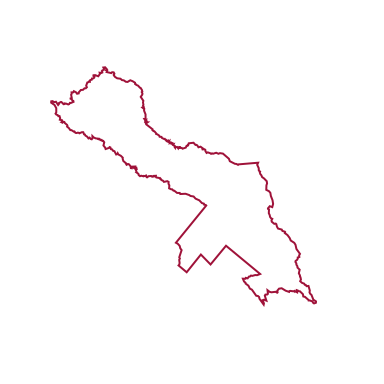 outline of Vilhena, Rondônia, Brazil, rotated 310°
{"feature_id": "56859067B73787435299073", "entity_name": "Vilhena", "entity_type": "district", "adm_level": 2, "iso_a3": "BRA", "parent_name": "Brazil", "parent_adm1": "Rondônia", "projection": "natural_earth1", "projection_center": [-60.258, -12.124], "detail": "fine", "context": "isolated", "style": "outline", "palette": "rose", "viewbox_px": 384, "rotation_deg": 310, "n_neighbors": 0, "source": "geoboundaries", "source_scale": "gbopen_adm2", "svg_char_len": 6005}
<svg xmlns="http://www.w3.org/2000/svg" viewBox="0 0 384 384"><g transform="rotate(310 192 192)"><path d="M186.8,358.1L187.9,357.3L187.5,354.2L190.0,349.6L190.0,348.1L190.6,346.6L192.3,345.5L194.9,341.6L193.5,340.3L193.9,338.9L193.4,338.0L193.9,336.9L193.1,334.6L193.2,332.2L195.0,331.7L196.5,329.8L196.5,329.2L197.5,328.3L198.4,326.1L201.7,324.4L201.9,321.4L202.9,320.4L203.4,318.7L204.4,317.8L204.9,316.2L205.7,315.7L207.7,316.1L209.0,315.8L209.8,315.1L211.2,316.0L212.3,314.8L214.0,314.5L215.5,308.6L218.1,305.2L218.8,303.0L218.3,298.8L219.5,296.5L220.4,292.8L220.2,289.5L221.2,289.1L221.3,288.7L220.3,286.3L220.9,284.9L219.3,281.4L220.1,279.3L221.6,277.2L221.6,276.4L220.5,275.5L220.5,272.2L221.4,271.1L223.0,270.8L222.7,269.4L223.1,267.8L224.3,266.3L225.1,264.5L228.1,262.2L227.9,261.2L228.3,260.7L231.1,260.7L232.0,263.2L235.0,261.8L237.5,258.9L239.7,254.9L241.7,252.6L242.1,250.5L241.4,247.5L245.0,244.7L246.8,244.0L248.3,242.3L248.7,238.4L248.5,236.1L249.4,234.4L249.7,232.7L250.8,231.1L251.4,231.0L251.4,229.4L253.2,227.7L254.7,224.5L256.9,223.8L243.0,209.8L242.4,209.8L242.0,207.9L241.2,206.8L239.9,201.2L241.2,198.9L241.3,191.0L239.7,188.4L238.3,187.7L237.6,185.3L234.8,183.5L234.5,182.5L233.5,182.1L233.5,181.3L232.5,178.6L231.3,178.1L231.9,176.1L232.9,175.0L232.7,174.0L231.4,172.7L231.8,172.1L232.4,172.3L232.2,169.4L230.4,168.2L231.1,166.1L230.9,165.0L230.3,164.4L230.7,161.5L227.2,158.2L225.6,158.9L225.3,158.5L224.5,158.9L223.8,158.2L222.0,158.7L219.1,156.9L219.2,155.8L218.0,154.5L218.7,153.8L218.3,153.3L217.6,153.7L217.2,152.9L216.6,153.2L216.9,151.7L216.4,151.4L216.0,149.7L215.1,150.4L215.2,149.9L216.2,149.0L215.8,147.3L216.7,147.1L216.1,146.7L216.3,145.4L215.7,145.1L216.1,144.3L216.6,144.6L216.4,143.8L215.2,143.4L215.8,143.0L215.5,142.0L216.0,141.8L215.1,141.6L215.0,141.0L215.8,140.5L215.3,140.2L215.3,139.1L214.8,139.2L215.2,137.1L214.8,137.0L214.1,134.3L214.6,133.2L213.5,131.7L214.1,130.7L213.9,128.4L213.4,127.3L213.9,126.9L214.3,124.5L214.2,123.5L213.9,123.3L214.0,121.8L214.7,121.5L214.4,113.4L214.8,112.7L216.9,113.2L216.0,111.9L217.0,112.0L217.2,111.6L216.4,110.8L217.8,110.4L216.9,109.7L217.3,108.6L217.9,109.4L218.4,109.2L221.6,106.5L223.5,103.0L225.2,101.8L225.3,101.3L224.8,101.1L224.8,99.6L226.2,100.2L226.8,98.9L227.6,98.7L229.1,96.9L230.6,96.1L231.9,91.6L234.7,91.3L235.6,90.7L236.2,89.3L237.0,89.4L238.0,88.0L238.7,85.7L238.4,85.1L238.8,82.4L238.2,80.3L238.5,79.5L238.2,79.0L239.1,78.1L238.7,75.3L237.9,72.9L234.9,71.9L233.9,70.4L233.7,68.0L232.7,66.4L232.8,64.4L231.0,61.6L230.7,59.0L231.1,57.2L231.6,57.1L231.8,56.5L232.8,56.4L233.3,55.1L232.4,53.8L231.2,53.7L229.0,49.5L230.6,48.9L230.1,47.8L231.3,47.8L231.7,45.3L230.4,44.1L229.8,45.5L229.3,45.7L227.1,45.3L226.8,44.4L226.7,45.5L225.9,46.5L224.7,45.9L224.0,44.6L223.2,45.6L220.4,45.8L219.3,42.7L218.1,41.5L217.5,41.9L217.6,43.2L216.7,43.6L215.6,43.4L214.6,42.4L213.6,43.0L212.3,42.1L211.6,42.2L210.8,42.9L210.3,42.0L209.6,42.1L208.6,41.4L205.4,42.6L204.7,44.1L203.2,44.0L202.3,43.0L200.2,42.8L198.7,41.3L195.3,41.2L194.7,41.8L193.4,40.8L193.8,39.0L193.3,36.7L192.1,37.0L190.9,35.7L189.9,36.7L188.8,36.9L186.7,39.5L184.9,38.4L185.8,39.5L185.2,41.9L185.5,42.5L184.9,43.3L182.2,41.9L181.8,41.2L180.4,41.4L179.5,40.9L178.9,39.0L178.0,37.5L177.4,37.8L176.7,37.2L177.0,34.2L176.7,33.7L174.6,32.9L173.8,33.5L172.6,33.5L173.7,29.8L172.2,28.6L172.0,26.8L171.0,25.9L169.9,26.7L170.3,30.7L169.0,34.1L165.8,36.8L164.3,37.1L164.1,38.4L164.6,39.6L164.2,40.9L165.0,41.7L163.8,43.6L162.4,44.3L163.4,46.3L162.2,47.4L161.6,47.2L161.8,48.2L163.2,48.3L163.6,49.2L163.1,50.1L163.1,53.2L162.6,54.1L161.8,54.3L161.8,56.7L161.2,59.0L161.9,59.9L162.3,62.9L162.8,63.1L162.4,64.7L163.0,65.7L164.1,66.4L164.7,67.5L164.6,68.0L167.0,69.2L167.9,70.3L166.8,72.2L167.2,73.0L166.7,74.0L167.0,76.2L166.5,78.2L167.8,78.6L167.5,80.3L167.9,81.3L169.0,81.3L170.8,79.8L170.6,81.6L171.2,83.8L172.6,85.9L172.2,86.1L172.4,86.6L173.1,86.9L172.9,88.2L173.3,88.3L173.3,89.4L173.8,89.5L173.6,90.8L174.1,91.2L173.7,92.8L170.7,94.3L170.2,96.9L169.4,98.2L172.6,100.2L173.4,100.0L173.7,100.8L172.7,102.4L173.3,103.5L172.8,105.1L173.4,106.3L172.0,109.8L173.1,110.4L173.9,110.2L173.4,111.4L174.0,114.2L173.8,116.9L172.9,117.5L171.6,119.5L171.6,123.2L171.3,123.0L170.8,124.4L172.4,125.1L172.7,125.9L172.2,128.5L171.0,129.8L171.5,130.6L172.7,129.6L173.5,130.4L173.2,131.4L174.4,131.4L175.2,132.3L174.8,132.7L173.4,132.5L173.2,133.8L174.5,134.2L173.9,135.0L172.9,134.5L171.7,136.8L171.3,136.7L171.5,139.2L170.7,140.3L170.7,142.0L171.8,142.6L172.8,144.7L173.3,144.7L173.9,145.7L175.1,146.2L174.2,147.8L174.5,148.3L176.1,148.5L177.9,150.3L178.4,151.2L178.0,151.2L178.1,151.7L179.5,152.9L179.9,152.5L181.2,153.9L180.4,154.4L180.2,155.3L181.7,157.9L181.6,159.4L182.0,159.3L181.6,161.3L182.0,162.6L181.7,164.0L184.4,166.1L184.7,167.6L183.2,168.7L182.5,170.4L180.1,172.1L180.7,174.4L181.3,175.1L181.1,176.9L181.6,177.5L181.7,181.2L183.4,183.2L182.9,184.3L186.5,188.2L187.9,191.9L188.0,193.4L189.6,196.1L189.2,199.0L190.3,202.9L189.9,206.7L190.7,208.6L190.1,209.4L190.9,211.0L190.8,211.6L142.8,212.3L143.2,214.4L142.8,217.2L141.3,219.3L140.8,221.4L133.8,224.2L133.2,225.5L131.8,225.8L129.6,228.2L128.2,228.9L127.1,228.9L127.1,239.5L149.8,239.0L148.4,252.8L172.7,252.6L173.0,296.9L170.2,295.4L169.0,293.8L166.5,292.1L165.9,290.9L164.5,290.7L163.8,290.0L161.6,290.1L160.8,288.4L159.9,288.7L158.3,286.7L156.9,289.4L156.9,291.3L156.3,291.9L156.5,295.4L155.2,298.4L155.7,300.7L153.8,307.9L154.7,309.3L154.7,310.9L153.6,312.3L151.8,319.3L152.9,318.7L154.6,315.7L155.8,316.4L156.6,318.8L159.4,314.4L160.6,314.2L161.8,315.5L162.8,315.6L165.3,313.0L165.4,315.6L166.2,317.3L169.3,320.2L169.6,322.0L170.1,322.1L171.2,320.8L173.9,320.8L175.9,322.6L176.6,327.2L177.9,330.6L178.6,330.3L179.3,330.7L181.1,333.5L182.3,334.2L181.9,334.9L182.3,335.0L182.7,336.9L184.2,335.5L184.6,336.6L184.3,337.2L185.3,338.4L185.0,342.7L183.5,344.4L184.3,346.0L184.2,350.8L183.9,351.1L184.7,352.1L185.6,354.7L185.0,355.9L185.1,357.1L186.8,358.1Z" fill="none" stroke="#9f1239" stroke-width="2"/></g></svg>